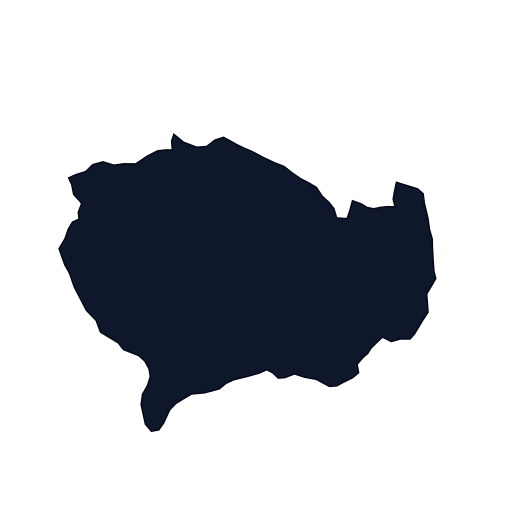 the district of Turiúba, São Paulo, Brazil, rotated 335°
{"feature_id": "56859067B31952652280306", "entity_name": "Turiúba", "entity_type": "district", "adm_level": 2, "iso_a3": "BRA", "parent_name": "Brazil", "parent_adm1": "São Paulo", "projection": "albers", "projection_center": [-50.105, -20.938], "detail": "fine", "context": "isolated", "style": "filled", "palette": "ink", "viewbox_px": 512, "rotation_deg": 335, "n_neighbors": 0, "source": "geoboundaries", "source_scale": "gbopen_adm2", "svg_char_len": 1631}
<svg xmlns="http://www.w3.org/2000/svg" viewBox="0 0 512 512"><g transform="rotate(335 256 256)"><path d="M360.5,396.3L366.7,393.6L373.3,389.2L379.4,385.1L388.2,379.6L394.7,362.5L401.5,357.9L409.4,352.4L410.9,344.7L415.1,333.8L419.8,322.2L422.9,315.1L424.4,305.5L427.8,294.4L429.3,287.0L430.9,279.2L433.8,270.2L430.9,263.5L414.4,248.6L408.5,256.4L404.3,262.6L402.8,270.2L395.9,266.8L389.2,264.5L382.7,263.0L377.2,259.0L373.4,253.3L366.8,246.7L359.9,254.9L354.3,260.6L345.2,255.6L346.6,245.9L344.8,238.2L341.3,230.0L339.7,219.3L334.8,212.2L329.1,204.8L324.0,196.2L319.1,186.5L312.2,179.4L304.2,169.7L296.2,159.2L290.5,152.9L285.1,146.2L281.2,140.7L276.7,134.7L267.8,133.6L257.6,135.9L248.3,132.4L238.5,122.4L233.0,111.0L228.1,116.2L225.0,124.6L219.0,121.7L211.1,119.1L199.7,119.5L186.0,121.7L174.9,116.5L165.5,113.6L157.1,106.0L146.7,104.2L137.4,107.5L126.9,106.1L119.2,106.1L119.2,113.2L116.8,123.2L120.3,134.5L113.4,141.4L111.2,147.8L104.1,147.7L97.4,152.2L90.1,159.7L80.6,166.1L79.0,183.0L79.7,192.8L78.2,207.3L79.3,233.6L83.9,246.8L82.9,259.3L94.4,276.4L96.4,284.9L107.5,296.5L110.8,304.1L111.4,312.9L109.3,320.5L103.1,327.4L94.7,333.4L89.1,342.1L84.7,361.6L87.1,370.6L94.3,372.5L101.6,368.4L112.7,359.0L120.8,355.8L130.1,354.7L139.2,353.8L151.7,358.3L166.6,360.9L175.2,358.7L183.3,358.7L198.5,361.7L209.7,363.5L217.7,363.5L221.9,369.1L224.6,376.1L230.8,378.4L241.0,379.1L249.0,386.5L258.6,393.3L267.4,405.2L274.3,407.8L280.9,407.4L292.3,407.1L299.7,405.1L301.8,397.0L309.7,393.3L316.0,391.5L321.5,388.0L327.7,385.8L336.4,382.9L342.4,390.7L351.7,392.2L360.5,396.3Z" fill="#0f172a" stroke="#020617" stroke-width="1.5"/></g></svg>